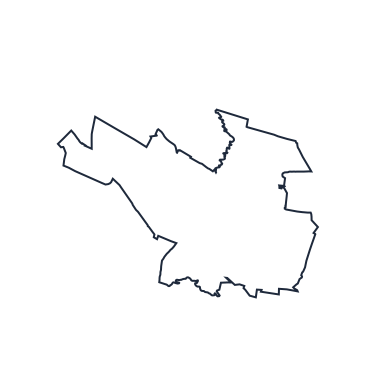 Krāslava, Kraslavas, Latvia, rotated 29°
{"feature_id": "27541924B97112001727549", "entity_name": "Krāslava", "entity_type": "district", "adm_level": 2, "iso_a3": "LVA", "parent_name": "Latvia", "parent_adm1": "Kraslavas", "projection": "natural_earth1", "projection_center": [27.168, 55.899], "detail": "fine", "context": "isolated", "style": "outline", "palette": "slate", "viewbox_px": 384, "rotation_deg": 29, "n_neighbors": 0, "source": "geoboundaries", "source_scale": "gbopen_adm2", "svg_char_len": 5984}
<svg xmlns="http://www.w3.org/2000/svg" viewBox="0 0 384 384"><g transform="rotate(29 192 192)"><path d="M207.1,286.8L214.3,285.4L214.5,285.3L215.0,285.3L217.0,285.7L217.9,285.2L218.1,284.8L218.1,284.3L218.9,283.0L219.1,281.9L219.1,280.8L219.2,280.5L219.4,280.2L219.8,279.9L220.1,279.8L220.6,279.7L221.4,279.7L223.7,279.1L224.4,278.6L224.9,278.1L224.9,277.7L224.7,277.6L222.3,278.1L221.7,278.1L220.9,277.5L220.8,277.0L221.0,276.6L221.4,276.0L222.2,275.8L223.8,275.1L224.1,274.8L224.5,274.4L225.3,273.9L225.8,273.1L226.8,272.1L227.8,271.4L228.4,271.1L228.7,270.6L228.7,269.9L228.9,269.4L229.3,269.0L229.8,268.6L230.4,268.5L231.8,268.5L233.1,268.9L233.9,269.4L234.1,269.5L234.6,269.6L235.2,269.5L235.8,269.3L237.3,268.4L238.6,268.0L238.9,267.7L239.5,266.7L239.9,266.5L240.1,266.6L240.3,266.9L240.4,269.0L239.9,269.6L239.1,270.2L239.0,270.4L239.5,271.2L240.3,271.7L241.1,272.0L242.0,272.1L242.8,272.0L244.0,271.3L244.7,271.2L245.1,271.4L245.7,272.3L246.4,273.0L246.9,273.4L247.4,273.7L248.0,273.7L248.6,273.7L250.1,273.0L250.4,272.9L250.6,272.9L251.6,273.1L252.0,273.1L252.6,272.9L254.5,272.2L255.9,272.4L256.8,272.2L257.8,272.4L258.8,272.6L259.5,272.7L260.2,272.4L261.1,271.8L261.7,271.3L261.8,270.9L261.8,270.4L261.5,270.1L261.1,269.9L261.2,269.5L262.1,269.6L262.3,269.7L263.0,270.2L264.6,270.8L265.0,270.8L265.6,270.4L265.8,270.2L266.1,269.6L266.3,269.6L266.3,269.1L262.9,267.5L261.7,266.8L261.7,266.0L263.3,264.2L261.3,257.3L267.2,253.7L270.0,252.2L263.5,250.5L264.5,250.1L274.5,252.5L278.4,249.7L283.3,248.8L283.7,251.1L286.0,251.7L292.7,254.7L298.9,253.2L296.1,245.9L300.3,243.9L300.6,245.8L317.6,239.5L315.0,234.5L322.1,231.2L328.3,229.1L332.6,227.7L331.6,226.9L328.2,226.8L326.7,226.3L328.1,222.3L328.9,220.7L328.3,216.0L329.5,213.5L329.1,212.4L327.9,211.9L327.7,210.8L327.4,208.9L327.8,207.8L327.4,203.1L325.4,196.7L323.1,185.3L322.0,179.2L320.3,169.1L320.1,169.0L318.2,168.9L319.1,161.6L310.3,158.7L308.5,155.6L307.1,153.6L305.8,152.5L303.0,154.0L298.1,156.2L293.4,158.1L282.7,161.7L281.2,161.6L281.0,161.2L281.5,161.1L280.6,159.2L280.9,159.2L279.5,156.1L277.0,150.1L275.6,146.9L270.4,143.7L267.6,144.9L268.1,145.6L266.5,146.1L265.5,144.4L265.1,144.0L269.9,141.9L269.3,141.5L266.7,134.8L264.6,134.6L264.2,134.6L263.8,134.5L263.3,134.0L262.6,133.0L262.4,132.2L262.4,131.7L262.9,130.9L263.5,130.0L264.1,129.6L266.3,128.2L267.1,127.2L267.9,126.6L269.2,126.0L270.8,125.0L272.5,124.1L281.0,119.3L284.4,117.2L286.4,116.2L284.1,114.8L272.3,107.9L272.1,107.8L264.8,102.8L263.0,101.8L261.1,99.6L261.0,99.3L260.4,98.4L259.2,98.4L257.9,97.2L249.4,99.5L240.2,101.6L236.0,102.1L208.9,108.5L208.1,108.5L205.7,101.4L173.7,108.0L173.7,108.6L173.3,109.2L173.2,109.4L173.8,110.4L174.0,110.7L174.5,111.0L175.2,110.7L175.9,110.2L176.4,110.1L176.7,110.3L176.9,110.5L177.2,110.7L178.1,110.8L179.3,111.2L181.1,112.1L181.1,112.3L179.7,113.9L179.7,114.0L180.2,114.2L181.9,114.4L182.3,114.4L183.5,114.0L183.9,114.0L184.3,114.1L184.6,114.3L184.8,114.5L184.7,114.7L184.3,115.2L184.1,115.5L184.6,116.4L184.9,116.5L186.8,116.8L187.4,117.1L187.6,117.4L187.6,117.8L187.4,118.5L186.9,119.4L186.8,119.7L187.1,120.0L187.4,120.1L188.7,119.7L189.1,119.6L189.4,119.7L189.5,119.9L189.3,120.5L189.7,121.0L190.1,121.1L190.3,121.1L191.0,120.7L191.4,120.5L191.7,120.5L192.0,120.7L192.2,120.9L192.3,121.6L192.3,121.8L192.1,122.1L191.8,122.3L190.4,122.5L190.5,122.9L190.7,123.0L191.0,123.0L192.1,122.7L192.8,122.6L196.0,123.3L196.8,123.5L197.0,123.7L197.4,123.9L197.9,124.1L200.0,124.2L201.2,124.4L201.8,124.6L202.4,124.9L202.8,125.2L203.2,125.7L203.6,126.4L203.6,126.8L203.4,127.6L203.1,128.4L202.8,128.7L202.4,129.0L201.3,129.2L200.9,129.4L200.8,129.5L201.3,130.8L203.6,131.6L203.6,131.8L203.4,132.0L201.9,132.6L201.8,132.8L203.7,135.8L203.7,136.0L203.2,136.2L202.2,136.1L201.3,136.1L201.2,136.2L201.2,136.4L201.4,137.4L202.1,138.6L202.0,139.0L202.3,139.8L203.9,140.5L203.8,141.1L203.1,141.6L202.4,141.6L200.7,142.8L200.7,143.1L200.9,143.2L202.1,143.2L203.2,143.6L203.5,144.4L202.8,144.7L202.9,144.9L203.6,145.1L203.5,145.8L204.2,146.2L204.6,146.9L204.5,147.3L203.8,148.3L202.9,149.0L201.2,149.9L200.9,150.1L200.8,150.5L201.1,150.8L201.1,151.0L201.8,151.0L202.3,151.1L203.0,151.5L203.3,151.9L203.7,152.2L204.5,152.4L204.7,152.7L204.7,153.5L204.2,153.9L204.1,155.0L203.7,155.2L203.1,155.4L202.8,155.6L202.8,155.9L203.0,156.1L204.0,156.6L204.0,156.8L204.0,157.0L203.8,157.2L203.6,157.5L203.0,157.6L202.8,157.8L202.4,158.3L202.2,158.6L201.8,158.8L201.5,159.3L201.2,159.6L201.0,159.9L201.0,160.1L201.0,160.3L201.3,160.5L201.9,160.5L202.1,160.6L202.2,160.8L202.3,161.2L203.0,162.8L203.1,163.0L203.5,163.2L203.5,163.3L202.4,162.6L200.8,161.6L200.2,163.8L196.0,163.4L194.6,163.6L192.1,163.3L191.5,163.2L187.1,162.5L184.8,163.0L173.9,162.9L174.0,161.7L161.3,161.3L161.3,161.7L159.8,162.1L159.9,164.9L159.6,164.9L159.3,164.6L156.8,161.6L155.7,160.5L155.2,160.1L154.3,159.5L153.5,159.3L152.1,159.1L148.4,158.8L147.1,158.6L144.1,158.0L141.7,157.1L140.6,156.6L139.1,155.6L136.6,154.4L135.5,154.1L132.1,153.5L131.7,154.4L132.1,159.1L132.8,159.2L133.8,159.7L133.8,159.8L128.8,163.6L130.2,164.5L130.4,169.3L130.4,174.8L115.9,174.0L94.0,173.6L70.8,173.1L75.1,186.7L75.8,188.8L76.3,190.1L78.3,193.9L80.9,198.5L83.3,202.8L76.1,203.4L76.3,202.9L72.5,202.6L72.4,203.1L71.0,202.9L70.1,202.7L68.7,202.1L67.4,201.3L66.0,200.8L61.5,198.6L56.6,196.8L53.7,207.2L51.4,214.9L55.7,216.4L57.6,215.0L58.4,215.5L62.7,219.1L63.4,221.4L64.4,225.3L65.1,227.0L66.8,231.2L72.5,230.5L79.7,230.4L108.9,227.8L112.7,227.4L114.9,225.7L116.0,224.2L116.5,222.6L116.3,218.8L125.3,221.1L127.4,222.2L145.3,231.0L146.4,232.0L151.5,234.7L152.4,235.0L153.7,235.3L154.6,235.6L169.5,242.6L169.9,243.3L171.1,243.4L176.7,246.0L179.7,247.3L180.5,250.1L184.3,250.2L183.7,246.7L197.4,245.2L203.1,244.3L202.6,248.5L202.0,251.2L201.2,253.1L200.9,254.9L200.4,256.7L199.9,258.2L199.3,262.0L199.3,264.2L199.0,266.5L201.0,271.8L202.6,275.1L203.2,277.3L204.2,279.2L204.6,280.4L204.7,281.4L205.3,282.9L206.1,284.4L207.1,286.8Z" fill="none" stroke="#1e293b" stroke-width="2"/></g></svg>